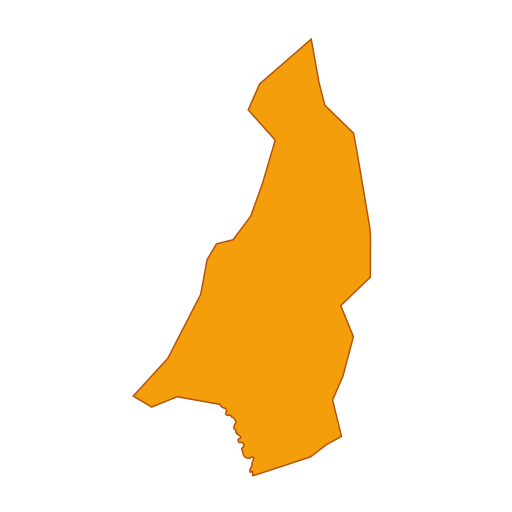 Xujirt, Övörhangay, Mongolia (Natural Earth projection), rotated 273°
{"feature_id": "93677404B44438011244010", "entity_name": "Xujirt", "entity_type": "district", "adm_level": 2, "iso_a3": "MNG", "parent_name": "Mongolia", "parent_adm1": "Övörhangay", "projection": "natural_earth1", "projection_center": [102.533, 46.906], "detail": "fine", "context": "isolated", "style": "filled", "palette": "amber", "viewbox_px": 512, "rotation_deg": 273, "n_neighbors": 0, "source": "geoboundaries", "source_scale": "gbopen_adm2", "svg_char_len": 1897}
<svg xmlns="http://www.w3.org/2000/svg" viewBox="0 0 512 512"><g transform="rotate(273 256 256)"><path d="M80.3,350.8L116.2,340.0L140.6,349.1L180.5,357.5L210.9,343.2L240.9,371.3L281.5,369.3L291.0,368.0L354.3,353.9L383.6,347.1L410.2,316.8L432.7,309.8L475.5,299.8L428.0,250.6L401.5,240.6L372.7,269.1L328.9,258.7L295.6,248.7L271.0,232.2L266.1,215.9L249.8,207.4L214.8,202.8L149.2,173.3L109.7,140.7L99.7,159.7L111.3,184.5L109.1,202.3L105.9,227.9L104.1,229.1L103.2,230.2L102.5,231.9L102.3,233.1L101.7,234.0L100.9,234.4L99.9,234.6L98.9,234.5L98.4,234.4L97.6,233.9L96.9,234.0L96.2,234.2L95.9,234.5L95.5,235.4L95.3,236.2L95.3,237.0L95.7,237.8L95.9,238.3L95.6,238.9L95.0,239.3L94.6,239.7L94.0,239.9L93.7,240.4L93.5,241.8L93.2,242.4L92.7,242.8L91.5,243.2L90.6,244.3L89.8,244.7L88.9,244.7L88.1,244.4L87.5,244.2L87.0,243.7L86.5,243.4L86.2,243.4L85.7,243.4L85.1,243.1L84.5,242.8L83.9,242.8L83.0,242.9L82.5,243.1L82.1,243.4L81.9,244.0L81.6,244.5L81.2,244.8L80.6,244.9L79.9,245.0L79.2,245.0L78.8,245.3L77.9,246.0L77.6,246.2L77.3,246.2L77.1,246.3L77.0,246.5L77.0,246.8L77.1,247.1L77.2,247.4L76.7,247.9L75.9,248.5L75.4,249.1L74.9,249.9L74.3,250.2L74.0,250.3L73.6,250.1L73.2,249.7L72.8,249.0L72.6,248.4L72.2,248.1L71.4,247.6L70.5,247.8L69.7,248.2L69.1,248.5L68.9,249.2L68.9,250.2L69.1,251.5L69.0,252.1L68.6,252.7L67.3,253.5L66.2,253.7L65.3,253.8L64.8,253.4L64.1,252.5L63.6,252.1L63.0,252.0L62.6,251.9L62.1,252.0L61.5,252.2L61.1,252.4L60.6,252.7L59.4,252.9L58.1,253.4L56.8,253.8L55.9,254.4L55.1,254.9L54.4,256.0L54.0,257.3L53.7,258.5L53.6,259.7L53.7,260.5L54.1,261.1L55.1,261.7L55.1,262.5L54.9,263.2L54.6,263.8L54.2,264.5L52.4,263.9L51.0,263.6L49.4,262.9L48.2,262.8L45.9,262.9L44.5,262.0L43.6,261.5L42.3,261.2L40.9,261.0L40.1,261.2L39.8,261.7L40.5,263.8L40.3,264.3L39.6,264.3L38.5,264.0L37.5,264.0L36.5,264.2L36.6,265.1L58.3,321.1L71.3,336.2L80.3,350.8Z" fill="#f59e0b" stroke="#b45309" stroke-width="1.5"/></g></svg>